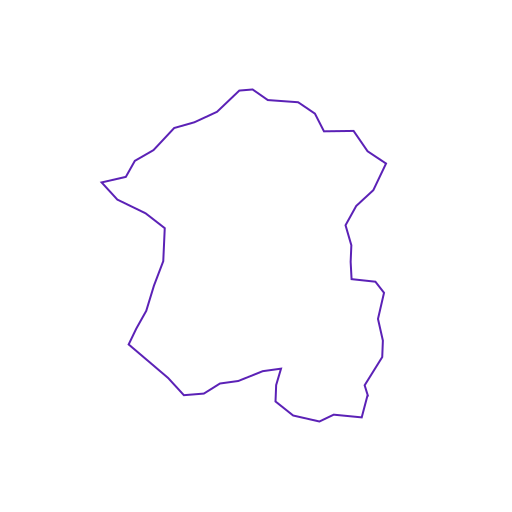 Gnosjö, Jönköping, Sweden (orthographic projection), rotated 29°
{"feature_id": "70781695B2934686109995", "entity_name": "Gnosjö", "entity_type": "district", "adm_level": 2, "iso_a3": "SWE", "parent_name": "Sweden", "parent_adm1": "Jönköping", "projection": "orthographic", "projection_center": [13.855, 57.379], "detail": "fine", "context": "isolated", "style": "outline", "palette": "violet", "viewbox_px": 512, "rotation_deg": 29, "n_neighbors": 0, "source": "geoboundaries", "source_scale": "gbopen_adm2", "svg_char_len": 799}
<svg xmlns="http://www.w3.org/2000/svg" viewBox="0 0 512 512"><g transform="rotate(29 256 256)"><path d="M421.3,323.7L413.7,316.4L415.4,283.2L408.0,268.5L393.2,251.9L385.8,226.1L372.9,220.6L350.8,229.9L341.6,215.2L334.2,200.4L319.4,185.7L319.4,163.6L326.7,141.5L324.9,112.1L302.8,110.3L280.7,99.3L255.0,114.0L238.5,102.9L218.3,101.1L190.7,113.9L172.3,112.0L161.2,119.4L152.0,148.8L137.2,169.0L122.4,183.7L115.0,213.1L103.9,231.5L103.8,249.9L85.3,266.5L107.4,273.9L138.8,272.2L162.7,275.9L177.4,305.5L181.1,331.3L186.6,357.2L186.5,377.5L187.5,395.1L210.5,399.7L238.3,405.3L260.4,412.7L277.1,401.6L286.3,385.0L301.1,373.9L317.7,353.5L332.5,342.4L336.2,359.1L343.6,373.8L365.8,377.5L391.7,370.0L400.9,357.1L426.7,345.9L421.1,323.8L421.3,323.7Z" fill="none" stroke="#5b21b6" stroke-width="2"/></g></svg>